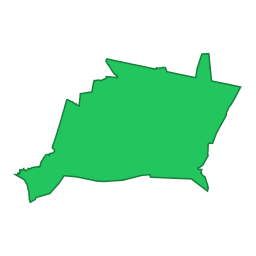 outline of Santiago Niltepec, Oaxaca, Mexico
{"feature_id": "50627088B55269225316666", "entity_name": "Santiago Niltepec", "entity_type": "district", "adm_level": 2, "iso_a3": "MEX", "parent_name": "Mexico", "parent_adm1": "Oaxaca", "projection": "orthographic", "projection_center": [-94.638, 16.52], "detail": "fine", "context": "isolated", "style": "filled", "palette": "green", "viewbox_px": 256, "rotation_deg": 0, "n_neighbors": 0, "source": "geoboundaries", "source_scale": "gbopen_adm2", "svg_char_len": 5137}
<svg xmlns="http://www.w3.org/2000/svg" viewBox="0 0 256 256"><path d="M236.0,95.9L240.6,87.0L230.7,84.9L211.5,81.0L210.4,70.1L208.8,53.7L201.9,54.0L197.2,68.3L195.7,77.7L178.1,74.1L167.1,71.7L166.9,71.2L166.6,70.9L166.4,70.6L166.2,70.0L166.0,69.7L165.9,69.3L165.9,68.9L165.8,68.5L165.7,68.3L165.5,68.1L165.4,67.9L165.2,67.5L164.5,67.7L164.4,67.7L164.0,67.5L163.8,67.5L163.6,67.5L163.3,67.4L163.0,67.4L162.7,67.4L162.5,67.5L162.2,67.6L161.9,67.8L161.5,68.1L161.2,68.0L160.9,68.0L160.5,68.0L160.2,68.0L159.9,68.0L159.7,68.0L159.4,68.2L159.1,68.3L158.9,68.4L158.5,68.4L158.3,68.4L158.0,68.4L157.8,68.3L157.6,68.2L157.4,68.2L157.2,68.1L157.0,67.9L156.7,67.8L156.4,67.8L156.2,68.0L156.1,68.5L155.9,68.9L155.9,69.2L119.0,61.5L109.9,59.6L107.0,58.9L106.7,59.2L106.4,59.6L106.2,60.1L106.0,61.1L106.9,62.6L107.5,63.7L107.9,64.6L108.2,64.8L108.4,65.1L109.2,65.4L109.3,65.4L109.3,65.8L109.4,66.3L110.1,67.4L110.4,67.8L111.2,69.1L111.8,70.4L114.7,74.4L115.1,74.5L115.4,74.5L115.7,75.0L116.1,75.4L116.3,75.6L116.6,75.7L117.0,75.7L117.0,75.8L117.2,76.1L117.3,76.5L117.4,77.5L106.2,76.6L106.3,78.3L104.2,79.1L102.5,79.8L102.0,80.2L101.7,80.4L101.6,80.7L101.3,80.8L101.0,80.6L100.5,80.4L100.1,80.4L99.9,80.4L99.6,80.2L97.7,80.1L96.4,80.5L96.1,80.4L95.6,80.7L95.3,80.7L95.2,80.5L94.7,80.4L94.5,80.5L93.9,80.9L91.9,91.9L80.3,93.7L80.1,96.6L80.1,96.9L79.7,100.3L79.7,100.5L79.4,102.9L79.1,106.0L76.0,104.3L76.0,104.2L75.9,104.3L74.5,103.5L74.5,103.4L72.8,102.4L72.5,101.8L72.0,101.8L71.3,101.6L71.1,101.5L70.9,101.4L70.2,101.5L70.1,100.9L68.9,100.3L66.9,99.3L66.9,99.2L66.9,99.3L66.4,101.1L66.3,101.3L65.8,103.1L65.4,104.4L65.4,104.5L65.1,105.7L64.8,106.9L64.2,108.9L63.8,110.5L63.3,111.7L63.2,112.0L63.0,112.8L62.3,115.7L62.0,116.6L61.8,117.2L61.2,119.4L60.8,120.6L60.6,121.3L60.4,122.0L60.1,123.1L59.8,124.1L59.5,125.0L58.7,127.7L58.4,128.7L58.3,128.9L58.2,129.1L58.0,129.8L57.7,130.7L57.6,130.9L57.6,131.1L57.4,132.0L56.8,133.8L56.2,135.5L56.1,135.9L56.1,136.0L55.7,137.3L55.1,139.1L54.7,140.1L54.4,141.0L54.2,141.7L54.2,141.9L53.8,142.7L53.8,142.8L52.9,145.6L52.4,147.0L52.3,147.7L52.6,148.1L52.8,148.3L53.7,149.1L54.1,149.5L54.4,150.1L54.5,150.7L54.4,151.2L54.0,152.1L53.3,152.5L53.0,152.9L52.6,153.2L52.3,153.3L51.0,153.3L50.3,153.4L49.6,153.7L49.3,153.8L49.3,154.3L49.2,155.3L48.5,154.8L47.8,154.6L47.0,154.5L46.2,154.6L45.9,154.8L45.5,155.4L45.0,156.2L44.6,156.7L44.4,156.9L44.0,157.2L43.6,157.8L43.2,158.5L42.9,159.3L42.6,159.8L42.0,160.5L41.5,161.3L41.1,162.1L40.8,162.9L40.7,163.8L40.6,164.2L40.3,165.0L40.1,165.3L40.0,166.0L40.1,166.6L39.7,166.9L39.4,166.4L39.0,166.5L38.5,166.8L38.2,166.9L37.5,166.9L37.1,166.8L36.5,166.9L36.1,167.0L35.8,167.2L35.4,167.3L35.0,167.2L34.6,167.3L34.1,167.3L33.7,167.2L33.2,167.4L32.5,167.6L32.2,167.6L31.7,167.7L31.4,167.9L31.0,168.4L30.6,168.8L29.9,168.7L29.2,168.6L28.4,168.4L28.1,168.8L27.9,169.0L27.6,169.6L27.3,170.1L26.7,170.5L26.1,170.8L25.6,170.9L25.4,170.5L25.3,170.1L25.1,169.9L24.7,169.7L23.8,169.8L23.6,169.3L23.6,168.6L23.4,168.7L23.3,169.5L23.1,169.8L22.9,169.9L22.5,170.0L21.5,169.7L21.3,169.9L20.9,170.6L20.7,170.5L20.3,169.9L20.0,169.8L19.6,169.9L19.5,170.3L19.8,170.8L19.9,171.2L19.8,172.0L19.8,172.4L19.8,173.0L19.9,173.5L19.6,173.7L19.3,173.4L18.8,173.2L18.4,172.9L18.0,173.0L17.8,173.4L18.0,174.1L18.1,174.5L17.9,174.6L17.7,174.5L17.3,174.5L16.9,174.6L16.5,174.7L16.2,174.8L16.0,174.7L15.8,174.6L15.4,174.6L24.3,179.8L24.6,180.3L27.1,184.5L27.5,186.5L27.7,187.7L27.8,188.1L28.0,188.6L28.2,189.2L28.2,190.0L28.5,190.6L28.9,191.2L29.2,191.7L29.2,192.4L29.0,193.1L28.9,193.9L29.0,194.7L29.0,195.2L29.2,195.9L29.3,196.8L29.3,197.5L29.3,198.4L29.3,199.4L29.5,200.1L29.8,201.0L30.2,201.9L30.3,202.3L32.1,201.2L32.5,200.9L35.1,199.6L36.1,197.5L49.7,193.6L51.6,191.6L51.8,191.3L58.6,183.7L60.9,180.4L61.0,180.3L64.1,175.7L76.3,176.8L97.1,181.1L104.3,181.5L112.2,180.9L121.6,180.3L122.9,180.2L129.4,178.5L136.8,176.6L142.4,175.2L145.7,175.0L150.0,174.7L150.5,177.2L178.7,178.4L191.3,178.9L199.4,185.0L207.5,191.1L207.9,189.4L208.0,188.8L208.3,187.6L207.6,187.5L207.6,187.1L207.7,186.7L207.7,186.3L207.8,186.0L207.8,185.7L207.7,185.1L207.4,184.5L206.9,183.1L206.8,182.6L206.6,182.1L206.4,181.5L206.1,180.7L205.9,179.9L205.5,178.6L205.1,177.2L204.9,176.9L203.4,175.9L203.0,175.6L202.5,175.1L202.0,174.7L201.4,172.9L200.9,172.9L201.7,169.5L198.0,169.3L197.7,168.5L197.7,168.3L198.6,167.3L199.3,167.4L199.4,167.5L200.4,166.8L201.4,166.1L201.7,165.8L202.1,165.6L202.8,165.1L203.7,163.6L203.9,163.1L204.9,161.4L205.8,159.9L206.0,159.4L206.7,158.1L206.9,157.7L207.0,157.6L207.0,157.4L207.2,157.1L207.3,157.0L207.5,156.8L207.6,156.6L207.8,156.4L207.9,156.2L208.0,155.9L207.9,155.8L208.0,155.5L208.0,155.3L207.9,155.2L207.8,154.0L207.7,153.4L207.7,152.8L207.8,151.7L208.0,151.1L208.0,150.3L208.1,150.0L208.0,149.0L208.0,148.4L208.0,147.1L208.2,146.1L208.1,145.5L208.1,144.0L209.0,143.6L209.5,142.9L209.7,143.0L210.0,143.1L210.8,143.3L211.1,143.4L211.9,143.4L212.7,143.2L213.6,140.7L213.8,140.1L215.1,136.5L216.7,132.5L218.6,129.0L219.9,126.7L223.7,120.0L226.2,115.3L226.6,112.0L228.4,108.6L228.6,107.4L229.7,106.1L230.7,105.0L234.6,98.6L236.0,95.9Z" fill="#22c55e" stroke="#15803d" stroke-width="1.5"/></svg>